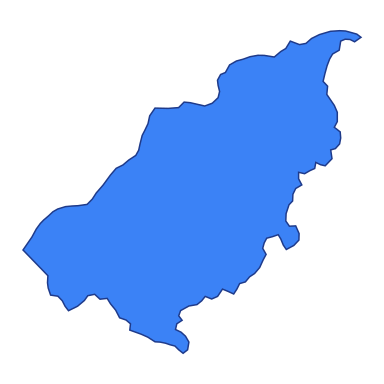 Buriti de Goiás, Goiás, Brazil
{"feature_id": "56859067B41653153753174", "entity_name": "Buriti de Goiás", "entity_type": "district", "adm_level": 2, "iso_a3": "BRA", "parent_name": "Brazil", "parent_adm1": "Goiás", "projection": "orthographic", "projection_center": [-50.442, -16.168], "detail": "fine", "context": "isolated", "style": "filled", "palette": "blue", "viewbox_px": 384, "rotation_deg": 0, "n_neighbors": 0, "source": "geoboundaries", "source_scale": "gbopen_adm2", "svg_char_len": 2058}
<svg xmlns="http://www.w3.org/2000/svg" viewBox="0 0 384 384"><path d="M361.0,37.3L356.8,34.1L350.7,32.4L345.5,31.0L339.7,30.7L330.5,31.3L319.4,34.6L311.5,38.5L306.0,43.4L299.5,44.6L290.3,41.1L285.8,48.5L280.8,51.5L274.3,57.0L264.2,55.4L257.9,55.3L250.1,56.7L243.1,59.2L236.4,61.0L229.6,64.9L225.4,72.5L220.6,74.5L217.5,80.2L218.1,85.4L219.6,91.5L218.1,97.7L212.3,103.2L204.7,106.0L190.3,102.7L184.1,102.1L178.6,107.6L168.2,108.4L155.0,108.1L149.7,115.8L148.0,123.7L144.7,130.6L142.2,135.4L140.1,143.7L138.7,150.2L135.8,155.4L128.8,160.0L122.9,165.0L116.2,168.3L110.4,175.1L103.0,185.2L96.3,192.9L92.3,199.1L87.1,204.4L78.0,205.7L72.3,206.0L65.6,206.6L57.7,209.0L53.0,211.7L48.4,216.0L43.8,219.9L40.3,223.5L36.3,229.0L31.9,237.1L23.0,250.0L47.9,275.7L47.5,282.8L48.2,288.0L50.6,295.1L57.9,296.2L62.3,300.8L65.1,306.3L68.5,310.7L77.6,306.2L84.4,300.5L87.8,295.7L94.7,294.3L100.0,299.2L107.2,298.4L110.5,303.8L115.7,310.2L119.6,317.8L126.0,320.0L130.5,323.8L129.8,330.1L141.2,334.2L147.7,337.1L155.0,341.8L160.1,342.1L165.5,343.2L170.2,344.8L174.9,346.0L178.7,349.8L183.1,353.3L187.6,349.8L188.9,342.1L185.5,336.2L181.1,332.2L175.5,329.5L176.8,323.8L182.1,320.3L178.7,315.8L180.6,310.6L188.9,306.0L197.0,304.6L201.7,300.8L205.2,296.4L211.7,299.0L217.6,296.4L222.5,289.1L228.3,291.5L233.7,294.0L236.9,289.1L239.6,283.6L245.4,281.9L249.6,276.8L254.6,273.5L259.7,267.5L263.2,259.8L266.1,254.4L262.7,248.3L264.2,242.9L266.7,238.2L272.7,236.6L278.2,234.7L280.8,239.0L283.3,245.1L286.3,249.5L293.9,245.4L298.9,240.1L299.1,233.6L295.7,225.9L289.4,226.2L285.8,221.0L286.1,213.6L289.0,204.8L292.6,201.0L292.9,194.3L295.7,188.5L301.8,184.9L298.6,178.8L298.6,172.3L304.6,173.7L310.0,170.6L314.7,168.5L315.8,162.4L320.5,164.7L325.2,165.8L332.0,158.7L330.7,149.9L335.4,148.6L339.6,143.9L340.7,138.0L340.2,131.9L334.3,127.3L337.3,121.6L337.3,112.3L334.3,105.4L330.2,99.4L326.8,94.4L327.6,86.2L323.1,81.4L324.9,73.7L327.1,65.7L329.7,58.9L332.6,54.0L339.2,50.2L340.7,41.1L345.2,39.2L350.1,39.5L354.6,41.8L361.0,37.3Z" fill="#3b82f6" stroke="#1e3a8a" stroke-width="1.5"/></svg>